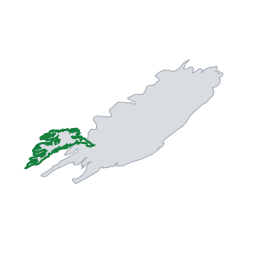 Iceland, with Vestfirðir highlighted, rotated 332°
{"feature_id": "ISL-690", "entity_name": "Vestfirðir", "entity_type": "Region", "adm_level": 1, "iso_a3": "ISL", "parent_name": "Iceland", "parent_adm1": "", "projection": "equal_earth", "projection_center": [-22.568, 65.72], "detail": "fine", "context": "in_parent", "style": "outline", "palette": "green", "viewbox_px": 256, "rotation_deg": 332, "n_neighbors": 0, "source": "natural_earth", "source_scale": "10m", "svg_char_len": 8942}
<svg xmlns="http://www.w3.org/2000/svg" viewBox="0 0 256 256"><g transform="rotate(332 128 128)"><path d="M196.1,99.7L198.3,99.8L202.0,99.1L207.1,96.9L209.4,96.5L214.5,96.5L208.4,98.5L206.3,100.8L204.6,101.9L204.7,102.4L209.2,103.8L211.2,103.4L212.2,103.5L213.0,104.2L213.7,105.5L213.4,106.9L212.3,108.2L210.7,109.4L210.9,109.7L212.3,109.9L219.5,109.2L220.4,110.9L221.1,111.5L221.0,112.0L218.2,113.8L221.5,112.7L224.2,112.4L228.8,113.0L230.7,113.6L231.9,114.8L234.2,114.4L235.3,115.1L235.4,115.8L234.5,117.7L231.9,118.7L233.6,120.1L235.0,120.1L235.3,120.4L235.2,121.3L233.2,122.2L236.7,123.3L237.2,123.7L237.1,125.0L236.6,125.7L235.6,126.1L233.1,126.2L231.6,126.7L232.2,127.4L231.8,129.6L230.0,131.3L228.2,132.2L226.5,132.8L221.4,132.2L221.7,133.7L220.0,134.6L220.4,135.4L221.0,135.8L220.8,136.8L218.7,138.9L217.1,139.5L213.9,140.4L209.4,142.2L204.7,142.2L193.3,144.9L188.8,146.4L180.8,150.9L177.4,152.0L171.6,152.6L153.9,155.5L152.0,157.3L151.9,157.6L152.7,158.3L151.4,159.6L148.7,160.5L147.5,160.5L145.2,159.7L145.0,160.1L145.9,161.0L137.2,162.5L125.1,161.7L114.3,159.6L105.8,159.1L99.8,156.1L99.6,155.6L100.3,154.7L102.4,154.3L101.4,153.4L97.8,155.0L96.6,154.9L95.1,154.3L95.0,153.7L92.0,153.4L86.7,151.5L86.4,151.1L87.6,150.4L87.3,150.3L84.5,150.4L80.5,152.2L56.2,152.9L55.4,151.9L54.4,148.5L55.2,147.1L56.2,147.2L59.1,149.1L65.5,148.1L68.2,147.3L70.6,145.5L72.0,144.9L74.0,142.5L75.9,141.0L80.0,140.4L76.4,139.9L70.3,141.8L68.2,141.8L69.2,141.0L71.3,140.1L69.8,140.0L69.3,139.6L69.2,138.7L70.3,137.3L77.4,134.8L75.7,134.3L70.8,136.2L67.1,136.9L64.2,136.0L62.8,134.9L62.8,134.4L64.6,132.9L64.3,132.6L63.1,132.4L59.9,131.1L54.8,131.2L42.3,130.4L32.9,132.3L30.6,131.4L28.8,129.5L29.2,128.8L30.8,128.4L35.4,128.4L42.2,127.5L45.3,126.4L46.5,126.7L47.1,127.3L51.3,126.4L53.5,125.5L57.3,125.9L71.3,125.4L73.2,124.2L73.9,122.7L73.6,122.3L68.4,123.7L67.2,123.7L61.2,123.0L59.1,122.1L59.8,121.5L62.9,120.1L71.0,117.7L72.1,117.2L72.2,116.6L69.0,115.6L63.0,115.9L61.4,114.7L56.4,114.0L53.0,114.5L51.3,113.7L31.5,117.5L25.1,115.8L20.5,115.5L20.1,114.9L22.8,113.3L24.6,113.0L26.4,113.1L29.9,114.3L32.3,114.7L29.3,113.0L29.2,111.3L28.3,110.9L27.4,109.8L27.7,109.5L31.4,109.7L37.1,111.6L40.0,111.2L43.7,110.0L35.4,109.4L32.9,107.9L34.7,107.1L39.0,107.2L34.2,104.7L34.0,104.3L34.8,103.1L40.8,104.1L37.7,102.6L37.6,102.3L38.5,102.0L39.0,101.1L40.5,100.8L43.5,101.1L48.1,102.8L48.8,103.3L49.0,105.0L50.8,104.8L53.0,105.0L54.8,103.8L56.1,104.1L57.1,105.1L56.9,107.5L58.2,106.7L60.4,106.6L60.7,104.7L60.3,103.1L53.2,101.4L50.4,100.1L50.7,99.6L52.1,99.2L59.5,98.9L56.3,98.2L55.6,97.4L49.9,97.7L47.1,97.4L47.0,97.0L48.2,96.4L51.6,95.2L58.1,95.1L60.7,95.4L65.7,98.1L69.7,99.1L76.5,102.7L80.8,104.1L81.0,104.4L80.3,104.9L78.6,105.3L81.2,106.0L82.7,106.9L82.9,107.3L81.5,110.2L79.9,111.2L75.9,110.6L76.8,111.6L79.7,112.5L80.3,113.1L79.9,113.6L81.3,113.5L81.7,113.8L81.1,115.5L80.4,116.1L82.8,116.4L84.4,117.2L86.5,120.6L87.5,118.0L88.1,117.1L89.0,116.7L90.1,114.1L92.8,112.5L95.3,111.9L97.9,113.8L99.7,113.9L101.6,110.7L101.8,108.4L101.2,105.8L101.5,103.9L102.7,102.8L104.4,102.5L108.0,103.6L111.0,106.1L115.6,108.9L118.7,109.7L119.3,109.6L119.8,108.7L119.3,105.0L120.6,103.0L124.3,102.5L129.9,100.7L131.1,100.7L133.9,101.7L139.0,105.4L142.6,107.1L144.6,109.9L145.4,110.4L146.1,109.5L146.2,108.3L141.7,102.6L141.6,101.9L142.0,101.3L149.7,101.6L151.4,102.2L156.9,105.4L159.4,104.1L164.4,100.3L166.2,100.4L170.7,101.9L172.5,101.8L177.6,100.4L178.6,98.7L176.2,95.1L177.1,94.3L181.8,93.5L187.0,93.6L192.5,97.0L192.9,98.5L196.1,99.7Z" fill="#d9dde1" stroke="#a8b0b8" stroke-width="1"/><path d="M75.5,116.4L73.3,116.8L71.2,116.7L69.6,116.8L70.4,116.2L69.7,115.9L69.3,115.3L68.2,115.5L68.4,115.8L67.9,115.8L66.9,114.9L66.9,115.5L66.5,116.1L65.7,116.4L65.2,117.0L64.1,116.9L63.6,116.6L61.6,115.9L61.5,115.7L62.3,115.2L64.5,115.0L65.9,114.6L66.1,114.5L66.2,113.8L67.0,113.4L66.4,113.5L65.0,114.4L64.3,114.7L62.3,114.9L62.3,114.7L63.4,114.3L63.4,114.1L62.9,114.1L61.7,114.7L60.9,114.4L61.1,114.8L61.0,115.0L59.7,115.3L59.4,115.2L59.2,114.9L59.2,114.0L58.3,112.6L58.1,112.8L58.1,113.4L58.4,113.8L58.3,114.2L57.7,114.7L56.6,114.1L56.5,114.6L56.1,114.9L55.7,114.8L55.1,113.9L55.0,113.6L55.2,113.2L55.6,112.8L55.4,112.7L55.1,112.8L54.1,112.7L54.0,112.9L54.9,115.3L54.6,115.5L53.6,115.3L53.7,115.0L53.4,114.8L52.4,114.8L52.2,114.8L52.2,114.6L51.6,114.6L51.6,114.4L52.9,113.6L53.4,113.5L53.3,113.3L52.2,112.9L52.1,113.4L51.7,113.8L51.2,114.0L50.8,113.9L50.5,113.2L50.3,113.1L50.0,114.1L49.6,114.4L47.9,114.7L46.2,114.1L46.3,113.7L45.7,113.8L45.4,114.3L45.3,114.7L45.7,115.0L44.7,115.8L42.2,115.6L41.5,115.2L41.2,115.2L40.9,115.3L41.2,115.5L39.6,116.0L36.9,116.2L36.3,116.1L36.2,116.4L35.1,117.1L31.5,117.6L30.6,117.5L29.8,117.3L29.8,116.8L29.4,116.5L30.1,116.7L30.1,116.3L29.8,116.1L29.3,116.1L29.1,116.4L28.6,116.0L25.6,115.5L19.9,115.7L19.2,115.7L18.8,115.3L19.7,115.1L20.6,114.5L22.1,114.0L22.3,112.9L23.5,112.5L26.8,113.2L27.9,113.8L30.1,114.2L31.0,114.9L31.6,115.0L33.3,114.7L31.6,114.6L30.7,113.9L29.3,113.3L27.8,112.2L30.8,112.5L33.4,113.1L32.5,112.5L29.1,111.7L28.0,111.0L27.2,110.2L27.1,109.5L26.9,109.2L27.8,108.9L28.6,108.9L36.9,111.0L38.1,111.7L38.3,112.1L37.9,112.9L38.2,113.0L39.5,112.3L39.9,112.6L40.1,112.4L41.6,112.5L41.6,112.3L41.2,112.0L43.7,111.6L41.3,111.7L40.3,111.5L39.2,111.1L38.7,110.6L40.1,110.3L40.7,110.4L42.3,110.3L43.2,110.1L44.5,110.3L44.9,110.1L44.4,109.9L45.6,109.3L43.9,109.5L43.0,109.9L37.7,109.8L36.0,109.3L34.9,109.5L33.3,108.6L32.7,108.0L32.2,107.3L32.3,106.7L33.2,106.2L33.6,106.2L34.7,106.5L36.1,106.7L37.5,107.3L39.1,107.1L41.5,107.6L42.4,107.6L44.5,108.2L45.2,108.0L43.6,107.8L43.1,107.5L41.4,107.4L40.0,106.9L37.9,106.7L36.4,105.9L34.3,105.1L33.3,104.4L33.5,103.4L33.8,103.1L34.6,103.0L35.6,103.1L39.1,104.1L40.2,104.2L40.9,104.0L41.2,104.6L42.0,104.9L41.0,103.9L38.6,103.4L36.2,102.1L36.8,101.9L39.8,101.9L41.6,102.5L39.9,101.7L38.0,101.7L37.5,101.5L37.7,101.2L38.4,100.8L39.5,100.8L39.8,100.6L39.9,100.4L40.3,100.3L43.4,100.6L46.4,101.5L47.2,102.2L47.1,102.5L47.3,103.0L48.2,102.3L48.8,102.3L49.6,102.9L49.8,103.9L48.2,105.4L49.8,104.5L50.2,104.2L50.6,103.6L50.8,103.6L51.1,103.8L51.4,104.3L51.3,104.5L52.2,104.0L52.5,104.2L51.7,105.2L51.1,105.6L50.5,105.8L51.6,105.7L52.0,105.5L52.6,104.6L52.9,104.5L53.1,105.1L52.8,106.2L52.9,106.5L53.6,105.5L53.6,104.5L54.0,103.6L54.3,103.4L55.6,103.4L55.9,104.0L56.9,104.4L57.7,105.2L57.5,105.9L57.2,106.2L57.4,106.4L56.2,108.0L56.3,108.2L56.6,108.2L57.0,107.4L58.3,105.8L58.5,105.2L58.9,105.2L59.7,105.9L60.1,105.9L60.2,106.1L60.1,106.6L60.4,106.7L60.6,106.2L60.8,106.2L60.6,107.1L59.8,108.2L60.6,108.0L61.3,106.8L62.0,106.5L62.0,106.4L61.6,106.2L61.0,104.9L60.7,104.6L60.0,104.1L59.5,104.0L59.9,103.2L60.2,103.0L61.3,102.8L61.6,102.5L59.5,103.0L57.8,102.6L56.7,102.1L52.0,101.2L50.6,100.6L49.8,99.6L50.7,99.3L54.3,99.0L57.1,99.3L57.4,99.6L58.2,99.9L58.5,99.8L58.1,99.3L59.5,99.2L60.4,98.9L61.8,98.7L59.2,98.9L58.0,98.6L58.4,98.5L59.2,98.1L59.8,98.0L59.8,97.8L59.4,97.7L57.3,98.4L55.1,98.3L55.1,98.1L55.6,97.7L55.9,97.0L57.1,96.7L55.6,97.0L54.1,97.7L52.9,97.8L52.6,97.7L52.8,97.4L53.3,97.0L53.3,96.8L52.7,96.9L50.6,98.2L47.5,97.8L46.7,97.6L45.7,97.0L45.9,96.8L48.5,96.9L48.9,96.2L47.7,96.0L46.7,95.4L47.3,95.2L49.2,95.7L48.8,95.2L50.9,95.1L51.5,95.5L51.9,95.6L52.1,95.4L52.0,95.2L50.4,94.6L52.7,94.7L54.3,95.2L55.4,95.7L55.9,95.6L57.1,95.1L57.0,94.8L57.8,94.7L59.0,95.2L60.7,95.5L60.7,95.2L60.1,94.8L59.9,94.6L60.6,94.7L61.2,95.0L61.6,95.4L61.8,95.9L62.2,96.2L63.8,96.6L64.3,97.0L64.0,97.2L65.1,97.4L65.1,97.6L64.6,97.6L64.5,98.0L64.8,98.4L64.5,98.6L64.8,98.9L66.0,98.6L66.5,98.9L67.0,98.5L67.3,98.4L67.5,98.6L67.4,98.9L69.1,98.9L69.5,98.7L70.6,99.5L69.3,100.0L69.5,100.1L70.6,99.9L71.9,100.5L72.7,100.4L74.0,100.6L73.8,100.9L74.2,101.0L74.4,101.3L74.4,101.5L74.1,101.7L74.4,102.1L74.5,102.9L74.9,103.1L75.9,103.0L76.1,103.1L76.2,103.4L75.6,104.2L76.6,103.8L76.6,103.3L76.1,102.8L77.1,102.6L78.0,102.5L78.4,103.0L78.7,103.1L77.9,103.4L77.8,103.6L78.3,104.1L78.8,104.3L80.9,104.0L81.9,104.2L82.3,104.4L82.5,104.9L79.8,105.0L79.2,105.2L76.9,105.5L77.2,105.8L80.7,105.3L81.3,105.5L80.2,105.9L80.2,106.1L82.3,105.8L82.9,106.0L83.2,106.8L83.0,107.1L82.4,107.3L83.4,107.6L82.4,108.8L81.5,109.3L79.5,109.6L79.5,109.8L81.0,109.8L82.3,110.2L80.1,111.3L77.4,111.3L76.5,110.7L75.8,109.9L75.3,109.6L74.7,109.5L73.5,109.6L74.8,109.9L75.7,110.5L75.7,111.0L75.3,111.3L75.8,111.5L75.9,111.9L76.5,112.3L76.8,112.4L80.2,112.4L80.7,112.5L81.0,112.8L79.4,114.0L81.5,113.4L82.6,113.3L83.0,114.2L82.6,115.0L81.6,115.8L80.5,116.3L79.5,116.5L81.5,116.3L82.7,115.9L83.5,116.1L85.0,117.1L84.8,117.4L85.1,117.5L85.2,119.7L86.3,121.0L86.1,121.2L86.9,121.7L87.1,122.2L87.0,122.7L87.4,122.8L87.6,123.3L87.7,124.5L88.7,125.7L89.1,126.8L89.5,127.1L88.1,127.1L86.9,126.8L85.3,126.2L85.2,125.8L83.8,124.9L83.4,124.2L83.4,123.7L84.2,122.6L83.6,121.5L81.1,120.1L79.4,118.4L78.4,118.3L76.7,118.5L76.0,118.1L76.0,117.8L76.9,117.2L77.0,115.8L76.8,115.5L76.3,115.6L75.5,116.4Z" fill="none" stroke="#15803d" stroke-width="2"/></g></svg>